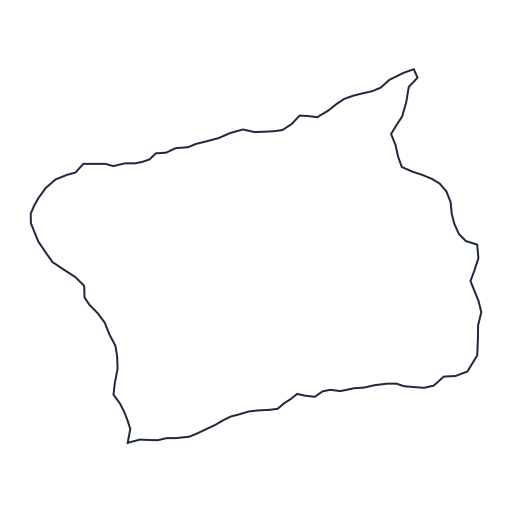 outline of Heliodora, Minas Gerais, Brazil
{"feature_id": "56859067B59124284562454", "entity_name": "Heliodora", "entity_type": "district", "adm_level": 2, "iso_a3": "BRA", "parent_name": "Brazil", "parent_adm1": "Minas Gerais", "projection": "equal_earth", "projection_center": [-45.541, -22.046], "detail": "fine", "context": "isolated", "style": "outline", "palette": "slate", "viewbox_px": 512, "rotation_deg": 0, "n_neighbors": 0, "source": "geoboundaries", "source_scale": "gbopen_adm2", "svg_char_len": 1669}
<svg xmlns="http://www.w3.org/2000/svg" viewBox="0 0 512 512"><path d="M127.7,442.8L139.8,439.6L149.2,440.0L157.9,440.2L166.8,438.1L176.3,438.1L189.3,436.7L197.7,433.2L205.6,429.4L214.9,425.1L222.9,420.4L230.8,416.5L239.4,414.3L249.2,411.4L258.4,410.4L270.1,409.8L277.6,408.8L284.0,403.3L290.5,399.2L297.2,393.9L305.1,395.7L314.8,396.8L322.7,391.3L330.3,389.8L340.4,391.1L354.3,388.2L364.1,387.6L374.5,385.2L386.7,383.7L396.5,383.7L404.0,386.2L415.5,387.2L424.2,387.8L433.7,385.6L443.8,376.6L455.5,376.0L467.4,371.5L477.2,355.4L477.9,339.9L478.1,325.3L481.3,312.2L478.4,300.6L473.8,289.4L470.5,281.0L474.3,270.8L478.4,258.2L477.2,244.6L465.9,241.1L458.9,234.0L454.4,224.0L451.7,213.8L450.6,202.2L446.5,191.6L439.6,183.5L432.1,179.0L422.3,174.9L412.3,171.6L401.8,167.0L398.0,156.4L395.6,145.2L391.1,134.0L396.4,125.2L402.1,116.6L406.2,102.4L408.8,86.9L417.5,77.7L413.8,69.2L403.6,72.8L389.4,79.8L380.7,87.7L372.1,91.2L362.3,93.4L353.2,95.7L344.2,98.9L336.8,103.8L328.4,110.5L317.2,117.2L307.8,116.0L299.6,115.6L291.5,124.2L282.3,130.1L273.2,131.3L263.8,131.7L254.8,132.1L242.8,129.5L230.0,133.1L218.3,138.2L207.3,141.1L196.0,143.9L188.1,147.2L175.4,148.2L166.0,152.7L155.9,153.3L149.5,159.4L142.3,161.9L135.3,163.3L125.2,163.3L113.2,166.1L105.5,163.9L94.7,163.9L83.3,163.9L75.5,172.5L66.9,174.9L55.6,179.4L45.4,188.3L38.3,198.3L34.1,205.7L30.7,213.8L30.9,223.4L34.8,233.0L38.3,241.5L44.3,250.5L52.5,262.1L63.1,269.2L75.5,277.2L84.2,285.9L84.5,297.5L89.5,304.9L97.7,313.2L104.8,322.8L109.4,334.4L115.4,345.8L117.1,356.0L117.6,368.6L114.7,383.7L113.5,394.7L119.8,403.3L124.0,411.4L127.4,420.0L130.3,429.0L127.7,442.8Z" fill="none" stroke="#1e293b" stroke-width="2"/></svg>